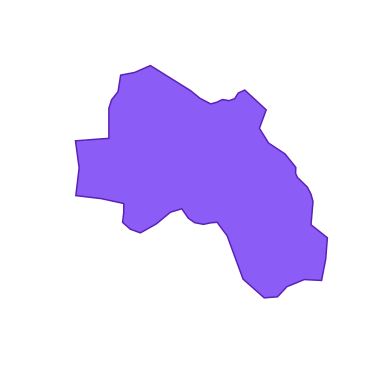 an SVG outline of Teleneşti, rotated 244°
{"feature_id": "MDA-1648", "entity_name": "Teleneşti", "entity_type": "District", "adm_level": 1, "iso_a3": "MDA", "parent_name": "Moldova", "parent_adm1": "", "projection": "equal_earth", "projection_center": [28.447, 47.584], "detail": "fine", "context": "isolated", "style": "filled", "palette": "violet", "viewbox_px": 384, "rotation_deg": 244, "n_neighbors": 0, "source": "natural_earth", "source_scale": "10m", "svg_char_len": 809}
<svg xmlns="http://www.w3.org/2000/svg" viewBox="0 0 384 384"><g transform="rotate(244 192 192)"><path d="M239.7,86.0L263.1,101.1L289.1,109.7L276.7,140.8L303.7,154.0L310.1,160.1L314.6,169.5L328.3,179.1L324.6,192.9L323.9,210.0L283.6,235.2L272.8,240.2L263.0,247.4L261.8,253.6L261.8,259.9L257.8,265.5L257.2,271.3L260.7,277.0L260.5,284.1L233.3,294.7L219.7,280.5L202.4,282.3L185.4,292.3L168.6,296.1L163.4,293.3L159.0,293.1L145.9,297.8L138.1,298.0L130.4,296.6L110.4,284.6L91.5,293.6L73.1,282.8L55.7,269.7L64.1,254.5L65.3,235.9L60.3,222.9L65.2,210.5L91.3,199.7L137.1,204.4L153.8,201.3L156.1,195.2L157.9,188.1L163.3,180.9L170.1,177.2L181.4,175.5L183.3,163.7L179.0,146.1L177.9,127.7L185.5,120.3L195.1,116.3L203.4,121.6L211.6,125.6L225.7,107.7L239.7,86.0Z" fill="#8b5cf6" stroke="#5b21b6" stroke-width="1.5"/></g></svg>